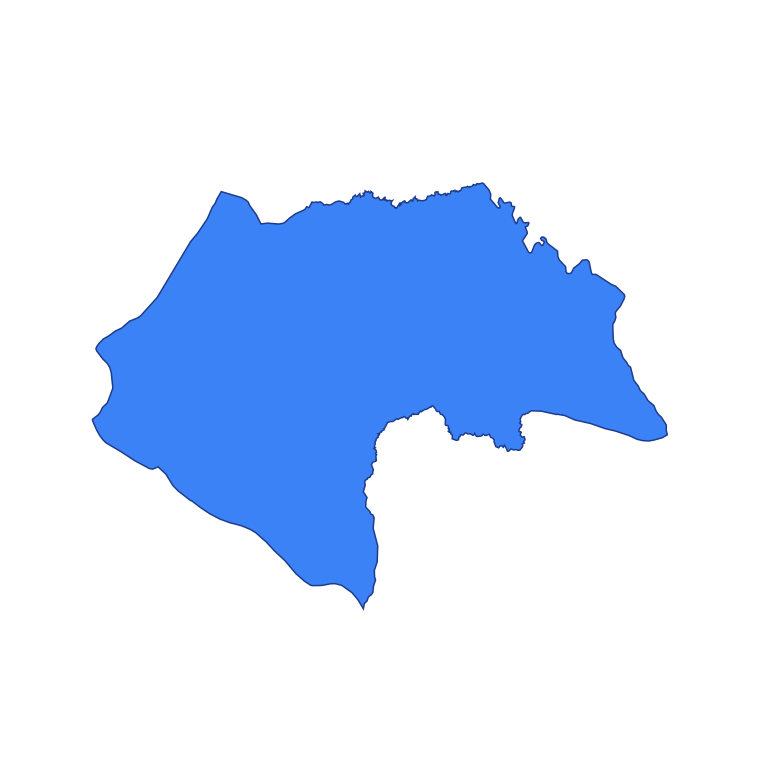 Chhaeb, Preah Vihéar, Cambodia (Robinson projection), rotated 17°
{"feature_id": "14789045B96642670477146", "entity_name": "Chhaeb", "entity_type": "district", "adm_level": 2, "iso_a3": "KHM", "parent_name": "Cambodia", "parent_adm1": "Preah Vihéar", "projection": "robinson", "projection_center": [105.534, 13.896], "detail": "fine", "context": "isolated", "style": "filled", "palette": "blue", "viewbox_px": 768, "rotation_deg": 17, "n_neighbors": 0, "source": "geoboundaries", "source_scale": "gbopen_adm2", "svg_char_len": 6166}
<svg xmlns="http://www.w3.org/2000/svg" viewBox="0 0 768 768"><g transform="rotate(17 384 384)"><path d="M430.0,605.0L429.4,599.7L431.2,596.5L431.3,592.3L433.6,588.9L434.3,586.5L433.1,580.6L433.2,573.8L431.4,571.2L429.3,565.2L429.5,556.0L425.3,540.6L415.8,525.1L413.7,514.9L411.7,512.6L409.6,512.3L407.9,510.2L402.5,507.1L400.9,500.8L401.0,497.6L395.8,493.2L395.6,485.9L394.3,483.8L394.2,481.6L395.9,479.7L395.8,478.6L397.7,477.4L398.3,474.7L399.5,473.0L398.8,471.4L399.0,469.2L395.6,464.9L396.0,462.2L398.8,460.2L398.5,459.5L399.0,459.2L397.3,455.4L397.6,453.7L396.2,453.2L396.8,451.5L395.7,449.6L393.3,448.8L394.4,447.5L393.1,447.0L393.1,443.4L392.2,442.1L392.9,440.4L392.5,438.5L394.0,436.7L393.5,436.0L394.3,433.8L392.9,433.3L394.2,432.6L395.0,430.8L395.7,430.6L395.9,429.3L397.6,427.6L396.9,426.7L397.7,425.6L398.6,419.9L401.2,418.0L403.4,417.3L406.3,413.5L407.7,413.8L410.2,411.2L411.7,410.7L412.2,409.5L413.3,409.2L415.1,410.2L416.1,409.6L417.1,410.9L418.1,407.0L419.5,406.7L419.4,405.0L420.7,403.8L421.2,404.4L425.7,402.9L426.0,400.8L427.0,399.3L427.6,399.7L430.0,396.9L433.1,394.8L434.4,392.8L435.7,392.4L436.4,390.8L437.1,390.6L440.2,392.5L442.1,394.5L443.4,394.7L444.7,394.0L446.7,396.3L448.3,396.2L451.0,397.5L453.1,399.8L454.4,404.8L455.0,405.4L457.3,405.1L458.2,406.2L458.5,407.9L458.9,408.3L459.3,407.8L460.3,409.6L459.3,410.4L460.6,411.1L461.9,410.6L462.6,412.3L464.4,413.0L465.3,416.5L469.9,416.7L471.6,415.5L471.1,413.0L471.9,412.3L472.4,410.0L474.6,409.7L476.0,407.1L477.0,406.7L478.8,407.3L481.2,406.3L483.8,407.1L484.8,406.5L485.1,404.7L487.6,407.0L488.9,406.8L492.0,405.4L492.9,404.5L493.3,403.0L493.9,402.8L495.3,403.6L496.9,403.3L499.2,401.3L501.7,403.8L503.5,403.9L505.7,405.2L506.1,407.1L509.3,411.2L512.3,411.5L513.0,409.5L514.8,408.7L516.6,409.6L516.9,407.4L520.1,410.0L521.4,412.0L522.0,412.1L522.9,411.7L524.2,409.2L524.9,408.9L527.1,409.2L529.7,408.0L531.4,408.3L533.2,407.6L534.5,404.5L534.8,402.6L533.8,400.8L535.5,399.4L534.3,398.3L535.1,396.5L534.9,395.4L533.4,393.4L531.5,394.5L529.1,392.9L529.4,390.2L528.6,389.6L527.7,390.1L526.6,389.5L526.8,386.3L527.7,385.0L527.8,382.8L525.1,381.6L525.8,380.1L524.6,378.2L524.6,376.2L525.4,372.8L527.5,372.0L528.4,370.7L530.0,370.0L532.5,366.6L542.3,364.0L557.9,362.7L558.8,362.2L566.4,361.3L577.0,362.6L593.0,361.4L608.5,362.0L619.2,361.3L634.0,361.7L642.3,362.9L648.0,362.5L653.7,361.1L658.2,358.9L665.9,354.0L669.8,349.7L667.6,346.0L665.9,340.6L659.0,334.7L655.2,332.8L652.0,330.2L648.4,325.7L641.3,322.7L635.6,317.5L631.1,315.4L627.7,311.6L621.8,307.4L614.9,295.9L611.9,294.6L609.7,292.3L604.9,289.1L600.4,282.7L595.7,280.7L591.9,277.4L589.9,273.5L585.3,260.0L586.2,256.9L586.3,252.6L584.6,249.1L584.5,247.1L587.4,240.0L588.7,232.3L588.6,229.8L587.6,228.2L577.0,222.8L571.9,222.2L554.8,217.2L551.1,218.3L549.7,216.8L544.2,206.9L541.8,205.9L537.5,207.5L535.8,211.7L531.5,217.8L530.7,223.0L528.4,224.5L526.9,224.6L525.2,223.3L523.4,218.8L515.4,214.1L514.3,212.8L512.9,211.0L511.1,206.2L500.1,202.1L498.5,201.0L496.4,197.9L493.8,196.8L491.8,197.5L491.2,199.0L492.5,200.4L495.2,200.8L495.8,201.6L495.4,204.6L494.2,205.6L491.7,203.7L490.5,203.5L488.4,204.8L487.3,206.9L486.7,215.0L485.6,215.9L483.8,215.8L474.6,206.6L477.0,198.1L476.3,196.5L473.1,192.4L475.2,190.9L475.6,188.0L474.8,187.3L471.5,188.8L469.9,188.6L465.9,184.7L465.1,185.1L464.0,187.4L464.0,191.4L463.5,192.0L462.8,191.7L457.5,185.5L456.9,183.3L457.3,177.7L457.0,176.3L453.9,176.6L452.7,173.7L451.1,173.2L446.6,175.7L445.8,175.7L441.7,172.4L440.7,172.0L440.0,172.6L440.2,177.2L443.2,180.6L443.1,182.0L441.0,182.1L431.7,176.1L430.6,171.4L427.7,167.8L420.6,163.2L419.3,163.0L416.0,165.1L414.3,165.1L413.7,167.1L411.1,167.1L410.8,168.6L409.9,169.6L408.5,170.0L408.0,171.2L406.1,170.6L405.3,171.5L401.2,173.5L400.8,176.7L399.8,177.0L398.7,178.6L397.1,178.0L396.3,179.2L395.1,178.0L393.6,179.4L392.2,179.7L391.6,180.2L391.8,182.3L391.4,183.0L389.3,183.2L388.7,185.4L388.0,185.5L387.3,183.8L386.7,183.9L383.2,186.9L381.8,186.2L380.5,186.6L379.5,184.5L377.5,185.1L376.7,186.0L377.5,187.9L377.2,189.4L374.1,189.2L373.4,190.7L370.8,191.8L370.6,195.2L369.1,196.5L366.8,197.7L363.4,198.0L362.5,199.1L361.3,197.3L360.0,197.6L359.1,195.8L357.8,198.2L358.1,200.0L357.7,200.9L357.0,200.0L356.0,200.0L353.8,203.6L352.1,204.3L351.0,204.2L350.8,203.1L350.0,202.9L347.9,205.4L347.8,207.6L346.8,208.8L346.5,208.4L346.9,206.8L346.6,206.2L346.1,206.5L344.7,212.1L343.6,211.7L342.8,212.3L341.6,211.1L339.9,211.0L338.2,210.0L337.8,208.0L338.4,206.1L337.3,206.9L335.8,206.6L333.0,208.2L332.7,207.2L330.2,208.0L329.9,207.6L330.9,206.7L330.5,205.2L329.9,205.4L328.5,208.5L326.1,209.1L324.0,206.9L321.7,209.0L318.8,208.6L317.7,206.4L317.7,204.8L315.8,203.9L315.2,203.7L315.5,204.8L314.4,205.4L313.0,204.2L311.8,205.5L309.5,204.8L309.8,206.6L309.3,207.5L308.4,207.5L308.3,208.1L310.0,209.3L309.3,210.2L307.8,210.7L306.9,212.2L305.2,209.1L303.4,212.6L302.8,213.0L301.2,211.7L299.5,214.5L300.0,216.1L298.6,217.6L298.6,219.6L297.8,220.6L297.5,222.5L295.9,221.9L294.6,223.3L292.2,222.1L287.5,222.1L284.3,224.1L281.5,227.5L279.4,228.9L276.8,229.0L274.2,230.5L272.6,229.3L269.6,228.4L267.3,230.0L266.5,229.6L263.5,231.0L261.9,231.0L260.8,237.2L258.2,237.1L257.5,239.8L256.0,241.6L249.8,246.9L245.4,252.6L241.9,258.4L240.5,259.8L236.6,261.8L225.6,264.2L219.5,266.9L212.6,259.6L203.5,252.7L200.9,249.7L198.2,248.5L193.2,247.4L172.1,247.6L170.1,256.3L169.8,260.4L168.1,265.2L166.7,277.8L161.6,294.5L157.4,304.4L141.8,367.6L131.3,390.0L129.3,392.6L122.3,398.3L116.8,407.2L111.9,411.6L106.6,418.6L102.5,422.9L99.4,428.9L98.3,432.6L98.2,434.5L99.6,436.4L107.8,442.3L113.5,445.3L116.9,448.4L119.8,452.8L125.9,467.2L125.0,482.9L121.7,488.6L120.8,494.2L119.7,497.1L115.5,503.1L116.3,504.6L122.5,511.9L127.0,516.2L131.8,519.7L135.6,521.6L152.2,525.6L168.4,530.3L184.2,533.4L187.6,533.1L192.2,529.3L201.8,534.0L211.9,542.9L218.1,546.3L233.0,552.0L234.1,551.9L244.6,555.8L255.3,559.0L266.9,561.2L277.6,561.7L288.8,561.2L298.3,562.1L304.5,563.6L317.6,569.5L328.0,575.6L341.1,582.0L355.3,591.2L365.5,595.8L372.7,597.9L375.0,597.6L383.5,594.8L391.2,590.7L395.8,589.2L402.4,588.9L414.4,592.9L422.1,597.9L430.0,605.0Z" fill="#3b82f6" stroke="#1e3a8a" stroke-width="1.5"/></g></svg>